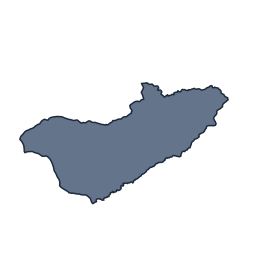 the district of San Joaquín, Santander, Colombia, rotated 58°
{"feature_id": "7082276B31143382537536", "entity_name": "San Joaquín", "entity_type": "district", "adm_level": 2, "iso_a3": "COL", "parent_name": "Colombia", "parent_adm1": "Santander", "projection": "orthographic", "projection_center": [-72.849, 6.47], "detail": "fine", "context": "isolated", "style": "filled", "palette": "slate", "viewbox_px": 256, "rotation_deg": 58, "n_neighbors": 0, "source": "geoboundaries", "source_scale": "gbopen_adm2", "svg_char_len": 5892}
<svg xmlns="http://www.w3.org/2000/svg" viewBox="0 0 256 256"><g transform="rotate(58 128 128)"><path d="M80.3,225.7L82.9,225.3L84.9,225.3L87.0,225.5L89.5,226.5L93.0,228.4L94.2,228.5L94.5,227.9L94.5,226.8L95.2,225.1L97.2,221.6L99.4,220.2L102.4,217.4L106.3,215.8L107.1,214.9L108.4,212.1L110.2,211.2L113.0,210.7L115.2,210.7L118.6,211.2L121.6,211.9L125.5,213.3L127.8,213.2L132.6,213.9L134.6,213.7L137.5,214.4L140.7,216.5L142.0,216.4L143.3,216.0L145.9,214.8L150.4,212.5L151.5,212.5L152.7,211.1L153.3,210.7L153.5,210.1L155.2,208.0L156.6,206.6L158.2,204.3L159.5,203.4L159.8,202.8L160.4,202.3L161.0,201.4L162.2,199.5L162.7,199.1L164.1,198.4L167.3,197.4L168.7,197.5L170.3,197.9L171.9,198.1L172.8,198.1L173.5,197.8L173.6,197.1L173.4,195.0L173.8,194.0L173.7,193.7L172.5,193.4L172.1,193.0L171.9,192.6L171.8,192.1L172.0,191.2L172.5,190.4L173.3,189.7L173.4,189.2L174.2,188.7L175.1,188.4L175.5,188.1L176.3,186.8L175.9,186.5L175.3,186.4L175.1,186.2L174.8,184.9L174.8,184.4L175.4,183.8L175.4,183.1L175.7,182.4L175.5,181.6L176.0,180.5L175.8,180.3L175.2,180.1L174.9,179.4L174.7,178.0L174.4,177.7L173.6,177.3L173.6,177.1L174.0,175.7L173.8,174.6L174.1,174.5L174.9,174.8L175.1,174.6L175.2,173.4L175.6,172.2L175.7,171.4L175.5,171.2L174.7,170.8L174.6,170.6L174.7,170.3L175.2,169.8L175.8,169.4L176.2,168.5L176.1,167.8L176.2,167.1L175.7,166.0L175.0,165.4L174.0,165.4L173.3,164.4L173.4,164.0L174.5,163.1L174.6,162.8L174.4,162.3L173.8,161.9L173.5,161.8L173.1,162.0L172.7,161.9L172.3,161.2L173.0,160.6L173.6,158.9L173.9,158.5L174.7,158.0L174.8,157.8L174.6,157.0L174.6,156.8L175.1,156.2L175.4,155.5L175.5,153.8L175.7,153.4L177.1,153.0L177.0,152.6L176.5,151.9L176.1,151.7L175.8,151.1L175.7,150.6L176.0,150.0L176.0,149.7L175.6,149.4L175.5,148.6L176.0,147.5L175.8,146.2L175.7,145.0L175.4,144.0L175.5,142.4L175.4,142.0L174.7,141.0L175.0,139.5L175.0,138.2L174.6,135.6L174.4,135.2L173.9,134.7L173.7,133.9L173.9,132.6L173.5,131.9L173.5,131.0L173.1,129.9L173.4,129.3L173.8,128.8L173.9,128.5L173.7,127.7L173.7,127.2L174.1,126.8L174.2,126.4L174.0,125.0L173.4,124.5L173.1,123.5L173.1,123.0L173.2,122.8L173.5,122.6L173.6,122.3L173.3,121.6L173.3,121.4L173.6,121.0L173.4,120.5L175.0,117.6L175.3,116.2L175.1,115.2L174.7,114.9L174.6,114.7L174.8,114.2L174.8,113.6L174.2,113.4L174.1,112.3L173.6,111.6L173.5,111.2L174.0,110.9L174.3,110.7L174.5,110.4L174.6,109.7L175.2,108.6L175.0,107.5L175.1,107.1L175.6,106.6L175.7,106.2L175.4,104.4L175.5,103.7L176.0,103.5L176.6,102.5L177.5,102.0L178.2,101.1L179.8,99.4L179.8,98.0L179.6,97.8L178.9,97.5L178.6,97.2L177.0,94.9L176.9,94.1L177.0,93.5L177.2,93.2L177.9,92.6L178.0,92.3L177.6,91.2L177.9,89.4L177.2,87.8L177.2,86.9L177.6,85.8L176.5,84.6L175.2,82.8L174.7,82.6L174.4,82.3L173.9,81.3L173.5,78.7L173.1,78.0L172.9,77.4L173.4,75.1L173.3,73.3L173.2,72.6L173.0,72.3L172.6,72.0L171.5,71.6L171.1,70.9L171.3,70.3L171.4,67.5L171.6,66.6L171.4,65.9L171.4,65.3L170.5,63.8L169.9,62.7L169.7,61.8L168.8,61.0L168.3,60.2L168.5,59.0L168.9,57.9L169.7,56.9L170.3,55.5L170.7,55.3L171.1,54.9L171.8,53.1L172.0,52.5L171.3,51.3L170.7,50.9L169.8,50.8L166.0,50.5L164.9,50.0L164.4,49.3L164.0,48.3L163.7,47.1L163.2,45.6L162.7,45.0L160.8,43.8L160.5,43.2L160.4,41.6L160.5,39.5L160.1,36.9L159.9,36.4L158.9,35.9L158.3,35.2L158.0,34.4L157.7,32.8L157.6,31.1L157.1,28.9L157.1,28.2L156.5,28.2L155.7,27.7L155.1,27.5L152.9,29.0L151.6,29.1L150.7,29.0L150.3,29.1L148.8,30.0L147.5,30.5L147.2,30.4L146.7,29.9L145.8,29.6L145.1,29.6L144.1,29.8L143.3,30.3L142.0,30.4L141.7,30.6L141.3,31.1L140.2,32.3L139.4,32.7L139.2,34.0L138.9,34.6L138.3,34.8L137.1,34.5L136.7,34.5L136.4,34.7L136.4,35.4L135.9,35.9L136.2,37.7L136.1,38.3L135.7,39.9L136.0,41.9L135.3,44.7L134.8,45.5L132.8,46.7L132.4,47.0L131.8,48.1L131.5,49.3L131.3,49.6L130.6,50.2L129.5,50.8L129.3,51.9L128.9,52.9L128.7,54.5L128.6,55.0L127.9,55.9L127.6,56.4L128.0,57.4L127.8,57.8L127.4,57.9L127.2,58.2L126.7,59.0L125.5,59.5L124.9,60.7L124.2,61.2L124.1,61.5L124.1,61.8L124.2,62.6L125.1,63.7L125.0,64.1L124.6,65.2L124.2,65.5L123.3,65.7L123.0,65.9L122.9,66.1L123.1,66.5L123.7,67.3L123.6,67.7L123.1,68.5L122.8,69.2L122.6,70.0L122.7,70.4L123.2,70.9L124.0,71.1L124.1,71.3L123.6,71.9L123.3,72.1L122.8,72.8L123.0,74.4L122.4,75.5L122.2,76.9L121.3,76.8L120.9,76.9L121.1,77.8L120.8,78.1L120.7,78.3L121.1,79.2L121.2,80.4L121.1,80.7L119.0,81.2L118.1,81.5L117.3,81.9L116.9,82.0L116.7,81.9L116.3,81.7L115.4,80.3L114.8,80.1L113.2,80.3L112.7,80.7L112.3,82.3L111.5,82.6L111.2,82.6L110.9,82.4L110.8,81.6L110.4,80.8L110.0,80.7L108.3,80.5L107.6,81.4L106.8,83.0L106.3,83.7L104.3,84.0L103.6,84.3L103.4,84.6L103.1,85.4L102.7,85.8L102.2,87.0L101.4,87.4L100.3,87.5L100.1,87.7L100.0,88.2L99.3,88.7L98.9,90.2L98.4,91.0L97.5,92.9L99.2,93.2L101.1,93.2L102.0,93.5L102.4,93.9L104.8,97.8L105.3,98.0L106.9,98.1L108.4,98.4L110.6,99.0L111.9,99.5L111.2,101.7L111.6,103.3L111.6,104.5L111.2,105.0L110.5,105.4L109.5,107.6L109.3,109.8L109.5,110.6L109.6,113.5L109.9,114.5L112.4,115.5L114.5,115.3L114.9,115.3L116.0,115.9L116.2,116.7L116.4,116.9L117.1,117.2L117.3,117.6L117.1,118.0L117.2,118.7L117.1,119.5L117.3,120.0L117.2,121.0L117.5,122.0L117.6,123.1L116.3,125.9L116.3,126.3L116.4,127.1L116.4,127.8L116.7,128.7L116.6,129.3L115.7,130.8L115.3,131.9L114.9,134.8L113.7,136.9L114.4,138.2L114.4,138.8L114.3,140.3L114.3,141.3L114.5,142.0L114.5,143.8L113.5,144.6L113.3,145.8L112.2,146.9L110.6,148.9L109.5,149.6L107.5,151.6L105.9,152.8L104.2,155.5L102.3,156.2L101.2,157.5L101.1,157.8L101.1,161.1L100.8,161.7L99.5,163.3L99.3,163.8L99.2,164.8L98.8,165.2L98.4,165.4L94.5,166.7L93.7,168.0L93.0,170.0L90.3,172.4L89.1,173.9L87.9,174.6L86.9,175.7L84.1,177.6L83.0,178.7L80.6,182.1L80.1,183.1L78.3,187.4L78.1,189.5L78.3,190.3L78.8,191.2L78.8,191.8L78.0,192.9L76.6,193.9L76.3,194.4L76.2,195.1L76.3,197.4L76.9,199.1L77.7,200.6L77.3,202.4L77.2,204.3L77.3,205.7L77.7,207.3L77.6,209.3L77.0,211.7L76.9,213.9L76.5,215.4L76.5,217.1L77.2,219.3L77.7,220.3L77.8,221.7L78.3,223.0L78.9,224.2L80.3,225.7Z" fill="#64748b" stroke="#1e293b" stroke-width="1.5"/></g></svg>